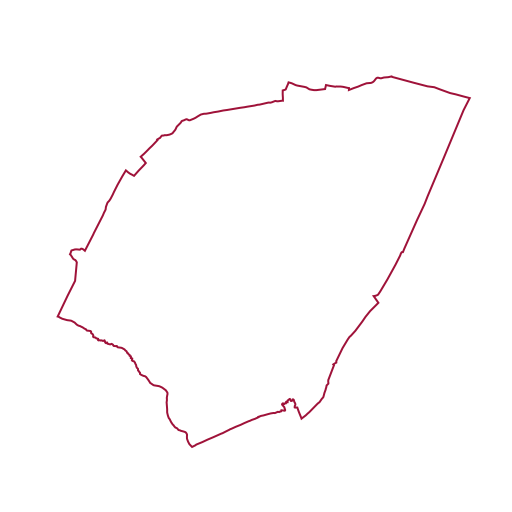 outline of Gavanesti, Olt, Romania, rotated 189°
{"feature_id": "2599482B13192402804767", "entity_name": "Gavanesti", "entity_type": "district", "adm_level": 2, "iso_a3": "ROU", "parent_name": "Romania", "parent_adm1": "Olt", "projection": "orthographic", "projection_center": [24.014, 44.415], "detail": "fine", "context": "isolated", "style": "outline", "palette": "rose", "viewbox_px": 512, "rotation_deg": 189, "n_neighbors": 0, "source": "geoboundaries", "source_scale": "gbopen_adm2", "svg_char_len": 6051}
<svg xmlns="http://www.w3.org/2000/svg" viewBox="0 0 512 512"><g transform="rotate(189 256 256)"><path d="M150.1,454.6L153.4,453.3L157.6,452.3L160.2,451.1L161.1,451.0L163.5,451.2L164.3,450.9L165.2,450.1L166.6,447.5L167.4,446.4L168.5,445.5L169.6,444.9L173.8,443.9L178.3,441.4L181.6,439.3L185.6,437.2L190.2,434.5L190.4,436.4L192.0,436.4L194.7,436.6L196.7,436.7L199.0,436.6L203.1,436.0L204.2,435.6L209.6,435.6L213.6,435.8L213.9,431.7L222.2,429.3L224.6,428.9L227.3,428.9L229.3,429.0L232.6,430.4L234.4,430.6L241.9,430.8L243.6,431.0L247.7,432.2L251.0,432.6L251.3,430.8L252.0,428.2L252.5,426.1L252.7,425.2L253.4,424.7L255.5,423.7L255.0,420.2L254.2,416.5L253.7,413.6L254.4,413.5L258.6,412.2L259.7,412.1L260.9,412.2L261.7,411.9L264.4,410.3L265.8,409.7L267.7,409.5L276.1,406.1L278.1,405.6L280.9,404.4L288.0,402.1L290.8,401.1L294.8,399.9L307.4,395.7L311.1,394.6L316.1,392.7L320.2,391.4L323.0,390.3L327.3,388.8L329.8,388.3L332.6,387.1L335.5,384.7L337.4,383.0L339.1,381.8L342.6,379.7L343.2,379.6L344.1,379.7L345.0,380.1L346.1,380.2L346.9,379.8L348.5,378.7L350.1,377.9L350.6,377.4L351.0,376.3L351.6,375.3L354.3,371.6L354.7,370.7L355.0,369.5L355.4,368.2L356.1,366.9L356.9,365.6L357.4,364.6L358.1,363.8L360.3,362.4L363.2,361.3L365.3,361.0L365.9,360.6L367.7,360.2L368.2,359.6L369.3,357.6L370.0,357.1L371.8,355.6L371.4,355.1L372.8,353.0L375.9,348.5L378.0,345.8L380.9,341.7L382.6,339.4L385.4,336.0L384.4,335.2L379.4,330.6L380.9,328.2L385.1,322.2L389.0,316.1L391.7,317.1L392.8,317.4L393.9,317.9L395.5,318.7L397.9,320.2L400.5,313.8L403.9,304.6L406.3,297.1L407.1,294.2L408.5,290.0L409.2,288.4L409.7,287.4L410.9,285.7L411.2,284.6L411.9,281.0L411.8,278.6L412.0,277.7L412.9,275.0L413.6,272.1L419.2,254.9L419.7,253.4L420.1,251.8L425.8,234.4L427.6,235.5L428.7,235.9L429.8,235.9L430.5,235.2L430.9,234.7L434.2,234.5L435.8,234.2L439.1,232.6L439.3,231.9L439.6,229.8L440.0,228.6L439.0,227.9L436.2,224.7L435.1,224.1L433.8,223.7L433.0,223.0L432.0,221.7L430.8,203.1L435.8,187.5L442.4,165.2L441.4,165.1L440.0,164.5L437.5,163.7L432.5,163.1L428.9,163.2L428.1,163.1L424.7,161.9L422.9,160.6L422.1,160.1L420.9,159.6L420.1,159.4L418.5,159.2L417.3,158.7L416.3,158.5L414.0,157.4L412.5,157.0L411.8,156.2L411.5,156.0L410.9,155.9L409.7,156.0L408.2,156.0L407.7,156.0L407.1,155.6L406.9,155.0L406.9,154.4L406.6,153.9L405.3,153.4L404.6,152.6L404.3,152.2L404.2,151.8L404.3,151.0L404.1,150.6L403.7,150.4L403.2,150.3L402.0,150.4L401.7,150.3L401.5,150.2L401.1,149.8L400.8,149.6L399.7,149.6L399.0,149.5L398.9,149.1L398.9,148.4L398.8,148.2L398.6,148.1L398.4,148.0L397.0,148.4L396.0,148.2L395.4,148.5L395.0,148.5L394.2,148.2L393.8,148.2L393.4,148.3L393.1,148.6L392.7,148.9L392.5,149.0L392.3,148.9L391.9,148.1L391.7,147.9L391.6,147.3L391.4,147.0L390.7,146.5L390.4,146.5L389.8,147.2L389.6,147.3L389.4,147.2L389.2,146.4L388.8,146.1L386.7,145.9L386.1,145.9L385.2,146.5L384.8,146.6L384.3,146.4L383.4,146.0L383.1,145.7L383.0,145.4L382.6,145.0L382.3,144.9L380.7,145.0L379.5,145.3L379.2,145.2L379.0,144.9L378.8,144.5L378.5,144.3L378.1,144.2L374.7,144.3L373.3,144.0L372.4,143.5L371.8,143.4L371.3,143.2L370.3,142.3L369.1,141.7L368.8,141.4L368.1,140.2L367.0,139.8L366.7,139.1L366.3,138.8L365.5,138.6L365.2,138.3L365.1,137.6L364.3,137.4L363.9,137.3L363.7,136.6L363.8,136.0L363.7,135.6L362.6,135.5L362.2,135.4L362.1,135.1L362.1,134.5L362.3,133.7L362.1,133.4L361.8,133.2L361.2,133.0L360.1,132.9L359.7,132.6L358.8,131.7L358.4,130.8L357.6,129.9L357.3,129.4L357.0,128.3L356.2,127.0L355.0,126.2L354.8,125.8L354.7,124.8L354.5,124.4L353.8,124.0L353.2,123.2L352.4,122.7L352.3,122.4L352.2,121.7L352.1,121.3L350.6,120.6L348.4,120.0L346.9,119.9L345.6,119.3L343.2,117.0L341.2,114.8L340.8,114.2L337.9,112.8L337.0,112.4L336.3,112.3L332.1,112.3L330.9,112.2L328.8,111.6L327.9,111.3L324.1,109.3L322.6,107.7L322.2,107.3L322.0,106.7L321.9,106.3L321.8,105.6L321.9,104.6L321.9,101.7L321.7,101.3L321.4,99.3L321.4,97.5L321.2,96.7L319.8,90.8L319.3,87.7L318.9,86.6L318.0,84.5L316.8,82.3L315.7,81.3L314.6,79.7L313.4,78.1L312.8,77.6L312.0,76.6L310.9,75.9L310.0,74.9L308.7,73.9L307.9,73.8L307.1,73.5L306.5,73.1L305.7,72.3L305.1,72.0L303.8,71.9L302.9,71.6L299.9,71.3L298.3,71.0L297.7,70.7L296.8,69.8L296.2,68.8L296.1,68.3L296.0,67.0L295.6,64.8L294.1,62.1L292.4,59.8L289.3,57.4L286.3,59.5L285.5,60.4L279.9,63.8L275.2,67.0L269.9,70.3L262.4,75.2L261.4,75.7L258.0,78.2L254.9,80.4L254.4,80.9L254.0,81.1L253.4,81.4L249.2,84.2L244.8,86.8L241.3,89.2L237.5,91.6L236.0,92.4L234.6,93.4L231.2,95.2L230.7,95.6L229.1,96.6L227.7,97.7L227.9,97.8L225.9,98.9L223.7,99.7L219.6,101.6L216.9,102.8L214.1,103.7L212.8,103.8L211.8,104.4L210.1,105.5L208.7,105.5L208.3,105.9L207.2,106.3L206.9,106.5L206.8,107.6L203.4,107.7L203.2,107.9L203.1,108.2L203.2,108.7L203.9,110.0L204.2,110.7L204.4,111.1L207.0,113.3L207.0,113.9L206.9,114.1L206.5,114.6L206.3,114.7L205.3,114.1L204.8,114.3L204.7,114.7L204.2,115.1L203.4,115.2L203.2,115.6L203.5,116.4L203.4,116.7L203.2,116.8L202.6,116.7L202.3,116.4L201.9,116.5L201.9,116.9L202.2,117.2L202.3,117.6L202.2,118.1L202.0,118.4L201.6,118.7L200.5,120.0L200.2,120.1L199.7,119.7L199.3,119.0L199.0,118.5L198.8,118.3L198.2,118.4L197.6,118.8L197.4,119.0L197.3,120.1L196.9,120.2L196.2,119.8L195.3,117.9L194.3,116.6L193.9,115.7L193.9,114.9L194.2,114.2L194.2,113.6L194.2,113.0L194.1,112.5L193.7,112.4L191.5,112.8L189.4,108.9L185.9,103.1L185.6,102.5L181.9,106.4L180.4,108.4L179.0,110.0L172.5,119.2L171.3,120.7L170.5,121.4L169.9,122.6L168.7,125.1L167.6,126.8L167.4,127.3L167.1,130.2L167.0,131.4L166.3,135.0L166.3,136.0L166.1,136.8L166.0,139.2L164.6,141.2L164.6,141.8L165.0,143.1L165.2,144.7L161.9,160.3L162.7,161.0L161.4,162.2L160.0,163.3L160.1,164.1L160.3,164.7L156.1,178.6L152.3,188.0L151.0,190.7L149.8,192.1L146.2,197.6L140.8,207.8L138.3,213.1L134.7,219.4L127.8,228.9L133.5,234.8L132.0,235.3L130.6,236.0L129.4,236.9L127.8,240.3L122.6,253.3L116.9,269.1L113.7,279.0L113.3,281.1L112.8,282.3L112.4,282.7L111.5,282.8L110.6,286.7L102.5,316.9L97.6,333.8L95.9,341.6L86.0,381.9L73.8,432.5L69.6,445.4L75.8,446.0L84.0,446.9L89.8,447.3L100.7,449.4L106.3,450.6L113.1,450.4L127.4,451.8L149.7,454.2L150.1,454.6Z" fill="none" stroke="#9f1239" stroke-width="2"/></g></svg>